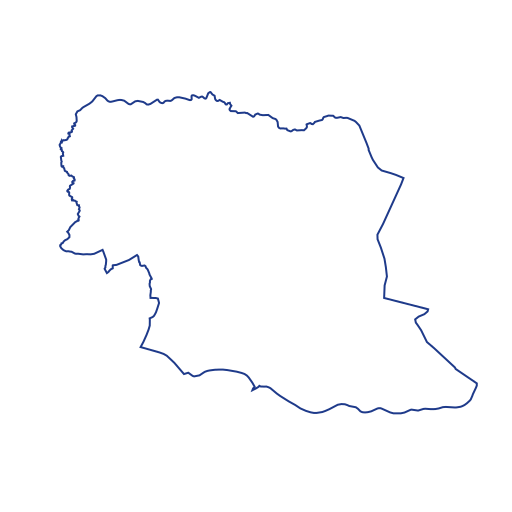 the district of Khok Pho, Pattani, Thailand, rotated 348°
{"feature_id": "78962969B27197840775021", "entity_name": "Khok Pho", "entity_type": "district", "adm_level": 2, "iso_a3": "THA", "parent_name": "Thailand", "parent_adm1": "Pattani", "projection": "orthographic", "projection_center": [101.073, 6.699], "detail": "fine", "context": "isolated", "style": "outline", "palette": "blue", "viewbox_px": 512, "rotation_deg": 348, "n_neighbors": 0, "source": "geoboundaries", "source_scale": "gbopen_adm2", "svg_char_len": 5924}
<svg xmlns="http://www.w3.org/2000/svg" viewBox="0 0 512 512"><g transform="rotate(348 256 256)"><path d="M416.5,210.4L409.8,205.8L405.1,203.0L396.7,198.5L393.6,194.7L390.3,186.2L389.6,183.3L388.2,175.7L388.5,174.4L387.6,168.5L384.2,149.9L381.7,145.8L380.5,144.3L374.3,140.0L373.0,139.6L370.2,139.2L367.7,137.7L364.2,137.7L363.0,137.5L362.0,136.9L360.7,134.9L356.0,133.7L354.8,133.9L351.3,134.2L350.7,134.6L349.6,136.2L348.8,136.7L346.2,136.7L341.5,137.1L340.7,137.9L339.0,138.9L337.7,138.4L337.1,137.5L336.6,137.2L333.0,137.7L332.8,137.8L332.8,139.6L332.4,140.8L331.6,141.5L329.1,143.0L326.9,142.4L322.1,141.7L320.4,140.3L318.6,140.4L316.7,141.3L315.7,141.3L312.8,139.4L312.3,137.7L311.0,137.5L309.1,136.8L306.3,136.3L305.2,135.5L304.5,134.0L305.0,129.4L304.3,127.1L303.6,126.1L301.0,124.6L297.4,120.6L292.0,119.7L289.0,118.5L287.8,117.2L287.3,117.0L284.7,117.5L283.2,119.0L282.1,119.2L277.1,114.3L276.1,114.2L274.9,113.4L267.9,112.4L266.8,110.7L266.3,110.2L261.5,109.0L260.7,107.9L260.6,106.8L262.1,105.0L263.2,103.9L262.3,102.1L262.3,100.7L260.2,100.7L259.0,101.7L258.2,101.6L257.8,101.2L257.4,99.9L256.9,99.0L255.7,98.3L252.9,95.8L251.2,96.4L250.3,96.3L249.8,96.0L249.1,95.1L248.7,94.0L248.8,90.6L247.0,89.0L245.6,86.2L244.9,86.1L243.1,86.9L240.3,91.1L239.5,91.6L238.7,91.3L238.2,90.9L237.3,89.6L236.4,88.8L235.3,88.8L233.0,89.4L229.9,86.8L228.4,85.8L227.4,85.6L226.8,85.6L226.3,86.0L226.1,86.6L225.7,89.2L225.1,89.8L224.5,89.9L223.5,89.7L219.7,87.4L214.0,84.8L211.5,84.3L209.0,84.5L206.2,86.1L205.3,86.4L204.4,86.5L201.9,85.7L200.2,85.5L198.8,85.8L197.4,86.9L196.5,87.1L195.3,86.7L194.2,85.9L193.5,84.9L192.6,82.7L191.7,82.5L184.3,85.3L182.1,85.5L180.6,85.0L179.4,83.4L177.7,81.9L172.6,79.7L170.0,79.6L165.2,81.5L164.4,81.5L163.0,80.8L159.4,76.7L156.8,75.4L154.6,74.9L152.7,74.8L148.0,75.0L146.1,75.0L144.9,74.7L143.7,73.9L142.9,73.0L141.4,70.3L139.0,67.7L137.1,66.5L134.5,66.0L133.1,66.5L128.1,70.7L127.0,71.3L124.7,72.4L118.1,74.5L116.8,75.1L114.3,76.8L111.4,77.4L109.2,79.9L109.3,82.7L108.7,86.6L108.3,87.3L107.6,87.9L105.7,88.5L105.7,88.9L106.4,90.4L106.2,90.9L105.7,91.1L105.1,90.7L104.3,91.0L103.1,91.0L102.9,91.7L103.6,93.5L101.8,94.8L101.7,95.2L101.9,95.9L101.7,96.3L101.1,96.5L98.4,96.4L97.9,97.0L97.9,97.3L99.0,97.8L98.8,98.4L98.8,100.2L97.5,100.3L97.1,101.1L96.3,101.6L96.0,102.3L95.0,103.0L92.6,103.0L91.5,102.6L90.7,102.8L90.3,103.1L90.5,103.5L90.0,104.1L89.8,103.3L89.5,104.1L88.9,103.8L88.7,104.5L87.0,106.5L87.1,108.3L87.6,109.4L88.1,109.9L87.3,110.7L87.2,111.1L87.4,111.3L88.1,111.5L88.0,113.2L88.7,113.8L89.0,114.5L88.4,115.6L88.3,117.9L86.4,117.9L85.7,118.5L85.4,122.2L85.6,123.2L84.9,124.3L84.5,126.9L84.5,127.9L84.7,128.2L85.6,128.0L86.1,128.1L85.9,129.3L86.6,130.2L86.7,132.9L87.0,133.2L88.6,134.4L88.5,134.9L89.7,137.2L89.5,137.9L89.7,138.3L90.5,138.9L92.1,138.9L92.9,140.0L94.3,141.0L94.3,141.4L93.9,142.4L94.5,143.2L94.5,143.8L94.2,144.5L92.5,144.6L91.6,145.4L91.7,146.1L92.7,146.9L92.5,147.2L88.7,148.6L88.4,149.2L88.3,150.6L87.7,151.6L86.1,152.0L85.0,152.9L84.9,153.5L85.2,154.0L86.0,154.1L86.5,155.0L85.9,157.5L86.1,158.2L88.4,160.2L88.4,160.7L87.6,162.0L87.6,163.4L87.9,163.5L88.7,163.1L89.2,163.9L90.2,164.1L90.9,164.9L91.9,165.6L91.5,166.6L91.8,169.1L93.4,169.6L93.1,170.6L93.5,171.4L93.5,172.0L92.5,173.4L93.0,174.6L93.0,175.1L90.4,177.9L90.8,179.8L91.5,180.7L90.1,182.4L90.1,184.0L89.8,184.5L89.4,184.6L88.8,184.2L88.0,184.8L86.3,185.2L80.4,189.1L78.2,191.9L76.4,193.0L77.2,194.3L77.9,196.6L77.4,198.8L75.5,200.0L74.1,200.6L72.9,200.7L70.9,201.8L69.7,203.1L68.3,203.2L67.8,204.3L66.7,204.7L66.5,205.8L67.2,207.9L68.9,210.2L70.6,211.5L71.5,212.0L73.7,212.4L74.7,212.9L76.5,213.5L79.3,215.9L80.4,216.4L82.5,216.8L87.3,218.5L90.7,219.0L94.6,220.0L98.2,220.2L107.2,218.1L107.6,220.2L108.7,228.3L108.4,229.8L107.3,233.3L106.6,234.5L106.3,235.9L105.3,236.9L105.3,237.2L106.6,241.7L108.4,240.9L109.4,240.0L111.3,238.8L113.3,238.3L113.9,235.4L114.1,235.3L117.7,235.7L130.9,233.5L139.8,230.3L140.7,232.0L140.4,236.0L140.5,237.8L140.9,238.0L140.9,238.3L140.8,240.7L141.5,241.5L142.4,242.0L145.0,242.1L145.8,243.0L146.0,244.6L147.0,246.2L147.3,247.1L148.0,250.8L148.0,252.0L149.3,256.4L149.2,256.8L148.2,256.8L147.1,258.2L146.7,260.0L146.1,261.1L145.8,263.4L146.5,266.5L146.4,267.0L145.9,267.9L145.7,269.1L144.5,272.4L144.1,275.1L149.1,276.2L151.2,277.2L151.4,281.5L151.3,282.0L148.5,286.9L146.5,290.2L145.1,291.9L143.7,293.4L142.2,294.2L139.0,294.9L138.9,296.3L137.6,302.0L135.6,305.7L132.4,310.6L128.0,316.6L124.2,321.1L141.6,330.3L145.3,332.6L148.0,335.0L153.9,343.5L161.0,356.5L165.5,356.1L169.0,360.0L169.7,360.5L170.5,360.9L175.9,361.0L180.6,359.1L182.1,358.6L184.5,358.3L186.8,358.3L191.9,358.7L196.0,359.4L199.9,360.2L204.2,361.6L213.0,365.1L217.6,367.4L220.2,369.0L222.2,371.0L223.6,373.3L226.1,379.2L227.5,383.6L227.2,384.2L226.2,384.5L225.5,385.1L224.6,386.5L228.5,385.5L231.3,384.5L232.3,383.7L233.4,384.6L237.4,385.6L238.9,385.8L240.5,386.7L241.8,387.6L242.7,388.4L247.7,394.8L250.6,398.0L257.8,405.0L263.4,409.9L267.7,414.3L272.7,417.9L277.0,420.3L279.9,421.5L282.7,422.1L288.4,422.4L291.4,422.0L295.8,421.1L305.0,418.5L308.8,418.6L312.1,419.5L314.3,420.8L316.0,422.1L322.2,424.7L324.0,426.7L325.8,429.6L327.1,430.6L328.1,431.1L330.2,431.7L332.9,432.0L336.4,431.9L343.1,430.4L344.6,430.4L346.2,430.8L347.2,431.4L354.7,436.9L357.8,438.5L364.8,440.0L368.7,440.0L375.1,438.6L376.2,438.6L382.4,440.9L388.0,440.4L389.8,440.6L395.0,442.1L397.8,442.7L399.7,443.0L403.0,443.1L407.3,442.7L410.3,443.1L418.6,445.4L420.6,445.8L424.8,446.0L426.8,445.7L429.0,445.1L431.7,443.9L434.9,442.0L436.2,441.0L438.5,437.8L439.4,436.3L443.8,430.5L445.0,428.7L445.5,426.5L427.8,408.0L427.4,406.4L410.9,383.0L405.3,375.7L402.1,363.0L399.6,356.8L398.5,354.4L398.5,351.1L402.5,349.1L408.6,347.9L412.3,345.9L413.3,343.9L372.6,323.7L375.7,311.5L379.8,303.3L380.7,293.9L381.1,285.4L379.9,273.9L378.4,264.9L379.2,260.4L386.9,251.1L412.8,216.1L416.5,210.4Z" fill="none" stroke="#1e3a8a" stroke-width="2"/></g></svg>